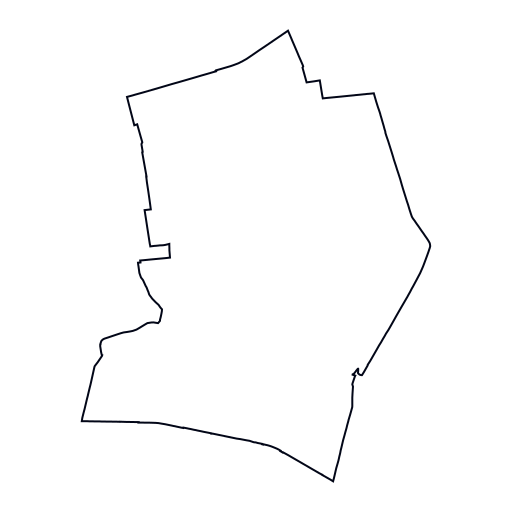 Tunari, Ilfov, Romania (Natural Earth projection)
{"feature_id": "2599482B63579595861696", "entity_name": "Tunari", "entity_type": "district", "adm_level": 2, "iso_a3": "ROU", "parent_name": "Romania", "parent_adm1": "Ilfov", "projection": "natural_earth1", "projection_center": [26.14, 44.567], "detail": "fine", "context": "isolated", "style": "outline", "palette": "ink", "viewbox_px": 512, "rotation_deg": 0, "n_neighbors": 0, "source": "geoboundaries", "source_scale": "gbopen_adm2", "svg_char_len": 5623}
<svg xmlns="http://www.w3.org/2000/svg" viewBox="0 0 512 512"><path d="M380.2,113.8L379.5,111.6L377.9,107.0L376.2,101.6L373.8,93.3L373.0,93.4L370.1,93.7L368.9,93.8L367.9,93.9L367.5,93.9L366.5,94.0L365.8,94.1L365.0,94.2L363.7,94.3L358.9,94.8L355.6,95.1L354.0,95.3L349.9,95.7L339.9,96.7L329.5,97.7L326.3,98.0L322.8,98.4L322.2,95.2L319.8,80.4L314.3,81.3L306.6,82.4L304.2,73.7L302.5,67.6L303.1,66.7L303.2,66.4L302.7,65.0L300.4,59.7L298.8,56.1L297.7,53.4L293.9,44.5L292.0,40.1L291.4,38.6L288.3,31.4L288.0,30.7L264.7,46.6L263.5,47.4L263.2,47.6L259.3,50.2L257.0,51.8L250.3,56.4L246.6,58.9L245.0,59.8L243.2,60.8L242.2,61.4L240.7,62.1L239.2,62.9L238.1,63.4L236.8,63.9L233.3,65.2L230.4,66.2L220.8,69.0L216.1,70.3L216.1,70.5L215.7,70.7L216.0,71.3L205.4,74.4L201.5,75.5L197.8,76.6L192.7,78.1L185.1,80.3L178.2,82.3L172.1,84.0L169.4,84.8L158.9,87.9L143.3,92.4L135.0,94.7L132.3,95.5L127.0,96.9L128.8,104.0L134.3,125.3L137.2,124.3L140.6,136.4L142.3,142.3L142.2,142.7L141.8,143.1L141.5,144.0L141.5,144.7L141.7,145.8L142.7,151.8L142.7,152.0L142.2,152.3L146.5,176.4L146.2,176.4L146.3,177.6L146.4,178.0L146.5,178.8L146.9,182.2L148.3,191.4L149.3,198.3L150.2,204.8L150.8,209.4L144.6,210.1L147.6,229.7L149.8,243.9L150.2,245.6L150.3,246.4L154.4,245.9L155.9,245.8L158.9,245.5L159.4,245.4L162.2,245.3L163.5,245.2L165.3,244.9L167.8,244.3L169.3,243.9L169.3,245.1L169.4,248.2L169.4,250.3L170.0,257.6L165.7,258.1L159.2,258.7L150.6,259.5L144.6,260.1L140.2,260.5L140.5,262.3L140.5,262.5L139.6,262.6L139.1,262.6L138.0,262.7L138.2,264.6L138.3,265.2L138.5,266.4L139.4,273.0L140.3,275.6L141.0,277.5L141.6,278.3L142.8,279.8L143.3,280.7L143.7,281.6L144.7,283.8L145.7,286.0L146.2,286.8L146.6,287.5L147.4,289.6L147.7,290.4L148.2,291.5L148.4,292.0L149.2,294.5L150.0,295.7L151.1,297.1L151.7,298.0L152.6,299.1L153.5,300.0L155.6,302.2L158.6,304.9L160.0,307.0L160.7,307.9L160.8,308.0L161.3,308.6L162.0,309.3L161.9,310.7L161.9,310.9L161.8,311.6L161.4,313.8L160.7,317.1L160.0,319.7L160.0,320.8L158.1,323.1L157.9,323.1L153.5,322.4L151.3,322.5L147.4,323.1L145.0,324.5L141.7,326.5L139.6,327.8L136.5,329.6L132.8,330.9L130.4,331.4L126.9,332.0L124.6,332.3L123.4,332.5L120.9,333.2L117.5,334.3L112.1,336.1L108.3,337.4L104.6,338.6L103.5,339.1L102.6,339.7L101.5,340.8L101.2,341.4L100.5,343.5L100.3,344.2L100.5,344.3L100.2,345.4L100.2,345.7L100.2,346.2L101.1,352.1L101.8,355.1L102.2,355.2L102.0,355.9L101.8,356.2L97.8,362.1L94.8,366.0L94.6,366.4L94.4,367.1L93.1,372.9L91.0,382.4L90.3,385.4L89.9,386.9L87.9,395.2L87.9,395.4L87.0,398.8L84.4,409.8L84.3,410.0L83.7,412.3L82.3,417.9L81.8,421.2L82.0,421.2L83.3,421.2L85.9,421.2L87.1,421.2L89.0,421.3L90.8,421.3L92.5,421.3L94.2,421.4L95.9,421.4L97.6,421.4L99.3,421.4L101.2,421.5L104.6,421.5L106.3,421.6L108.1,421.6L109.7,421.6L111.4,421.6L113.3,421.7L115.1,421.7L117.1,421.7L120.2,421.8L120.2,421.7L122.8,421.8L125.6,421.9L138.6,422.1L138.5,422.6L141.3,422.6L143.2,422.6L144.9,422.7L146.6,422.7L148.3,422.7L150.1,422.7L153.4,422.8L155.9,422.9L158.5,423.1L161.3,423.6L165.0,424.2L168.4,424.9L171.8,425.6L173.5,426.0L174.8,426.2L176.5,426.6L179.8,427.3L181.6,427.7L183.3,428.0L183.4,427.6L187.0,428.3L188.8,428.7L190.5,429.0L194.0,429.8L195.8,430.1L197.4,430.5L200.9,431.2L203.6,431.8L211.3,433.3L211.3,433.7L211.6,433.7L213.0,433.7L236.7,438.6L240.3,439.1L246.5,440.3L249.5,440.8L251.9,441.6L253.0,442.0L254.1,442.3L255.7,442.4L257.7,443.0L258.8,443.2L260.9,443.6L261.3,443.7L261.8,444.2L262.9,444.5L262.9,444.1L263.5,444.3L266.0,444.9L267.4,445.2L268.8,445.6L270.1,446.0L271.3,446.4L273.1,447.1L275.3,448.0L277.4,448.9L279.1,449.8L280.6,450.7L280.3,451.1L282.8,452.6L283.0,452.3L287.9,455.0L288.1,455.1L291.0,456.8L319.6,473.4L322.2,474.7L322.1,474.9L330.2,479.5L333.1,481.3L333.9,478.3L334.4,476.2L335.0,473.6L335.8,470.1L336.3,468.0L337.5,463.9L338.4,460.7L338.8,459.0L339.4,456.2L339.7,455.1L340.2,453.0L340.7,450.3L341.4,447.6L342.4,443.3L343.1,440.3L344.4,435.7L345.3,432.3L346.5,428.1L347.1,425.5L348.4,420.8L348.5,420.2L350.2,414.5L352.2,407.3L352.3,406.2L352.3,405.7L352.3,401.9L352.3,400.1L352.3,397.7L352.5,393.7L352.9,387.7L353.0,386.7L352.3,384.3L352.7,382.9L353.7,379.9L354.9,376.4L355.3,375.6L352.9,374.8L352.6,374.7L352.7,374.3L353.0,374.3L353.7,373.9L354.0,373.7L354.3,373.2L354.8,372.6L355.0,372.3L355.1,372.2L355.4,371.9L355.8,371.4L356.0,371.0L356.8,370.0L357.8,368.8L358.1,368.7L358.2,368.8L358.2,369.9L358.1,371.8L358.0,372.8L358.1,373.3L358.4,373.6L359.3,374.4L360.0,374.8L360.7,375.0L361.2,375.1L362.0,375.1L364.0,371.9L367.7,365.4L367.7,364.8L370.1,361.1L373.1,355.9L376.6,349.8L379.2,345.2L380.1,343.8L381.1,342.2L382.9,339.0L384.7,336.0L386.0,333.6L388.3,330.1L389.7,327.7L391.4,324.7L393.7,320.6L396.1,316.3L397.7,313.5L401.9,306.2L404.0,302.6L406.9,297.6L407.0,297.5L408.4,294.9L410.1,291.9L411.9,288.4L412.9,286.7L414.4,283.9L416.6,279.8L418.6,276.0L420.1,273.2L423.0,266.6L424.1,263.7L426.0,258.6L427.0,255.9L428.4,252.0L429.8,247.8L430.2,246.2L430.1,245.2L429.9,243.9L429.7,243.1L429.0,241.8L428.0,240.1L426.6,238.0L424.9,235.6L423.7,233.8L423.0,232.8L422.5,232.1L422.1,231.6L421.9,231.3L418.4,226.2L417.9,225.5L417.4,224.8L416.8,224.0L416.2,223.1L415.5,222.1L414.8,221.0L413.0,218.6L412.2,217.3L411.8,216.5L411.4,215.3L410.8,213.6L410.3,212.0L409.8,210.5L409.5,209.5L409.3,208.9L408.1,204.8L406.8,201.0L406.5,200.0L402.9,188.5L402.6,187.5L402.5,187.1L402.0,185.5L400.9,181.6L400.2,179.1L398.0,172.3L397.8,171.8L397.6,171.1L397.2,170.0L396.0,166.1L395.1,163.4L393.8,159.4L393.1,156.9L391.7,152.3L388.1,140.9L386.5,136.3L385.5,133.2L385.4,132.8L385.4,132.3L385.3,132.0L385.3,131.6L384.4,128.7L383.7,126.0L382.7,122.6L381.5,118.4L380.5,115.1L380.2,113.8Z" fill="none" stroke="#020617" stroke-width="2"/></svg>